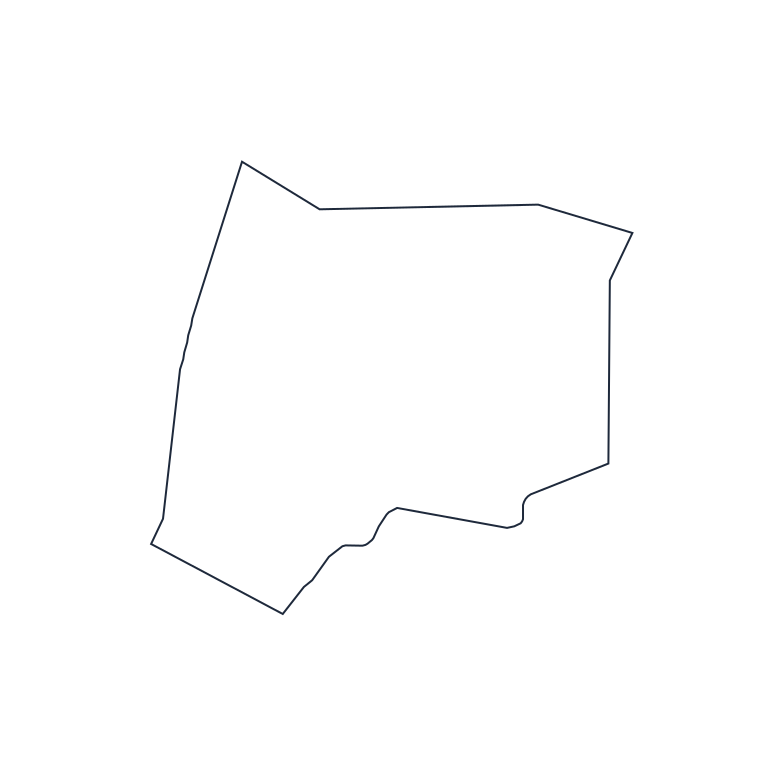 SVG path tracing the border of Harrow, rotated 30°
{"feature_id": "GBR-2767", "entity_name": "Harrow", "entity_type": "London Borough", "adm_level": 1, "iso_a3": "GBR", "parent_name": "United Kingdom", "parent_adm1": "", "projection": "orthographic", "projection_center": [-0.324, 51.593], "detail": "fine", "context": "isolated", "style": "outline", "palette": "slate", "viewbox_px": 768, "rotation_deg": 30, "n_neighbors": 0, "source": "natural_earth", "source_scale": "10m", "svg_char_len": 657}
<svg xmlns="http://www.w3.org/2000/svg" viewBox="0 0 768 768"><g transform="rotate(30 384 384)"><path d="M411.3,633.8L262.3,639.0L260.0,611.2L200.0,473.2L197.8,463.0L195.2,456.4L192.8,446.5L190.1,439.7L187.8,429.8L185.2,423.0L149.9,262.5L240.9,264.9L427.8,151.6L523.6,129.0L527.8,181.4L618.1,340.7L566.3,406.1L564.8,409.3L564.1,412.6L564.2,416.1L564.9,419.3L572.0,431.6L572.3,433.9L572.0,436.3L568.0,442.1L562.5,447.1L457.3,484.8L452.3,492.6L451.5,495.8L450.7,509.9L451.9,522.8L451.6,525.1L449.6,530.5L448.4,532.6L446.2,534.8L431.4,543.0L429.1,545.3L422.7,561.1L419.9,589.9L416.1,599.8L411.3,633.8Z" fill="none" stroke="#1e293b" stroke-width="2"/></g></svg>